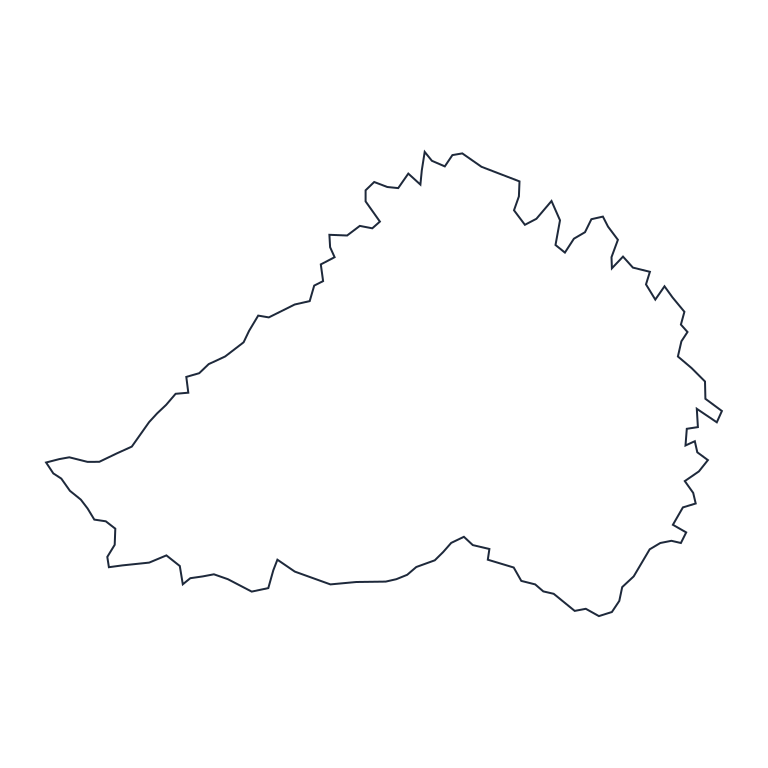 the district of Bom Jesus do Sul, Paraná, Brazil
{"feature_id": "56859067B42823585611232", "entity_name": "Bom Jesus do Sul", "entity_type": "district", "adm_level": 2, "iso_a3": "BRA", "parent_name": "Brazil", "parent_adm1": "Paraná", "projection": "albers", "projection_center": [-53.552, -26.155], "detail": "fine", "context": "isolated", "style": "outline", "palette": "slate", "viewbox_px": 768, "rotation_deg": 0, "n_neighbors": 0, "source": "geoboundaries", "source_scale": "gbopen_adm2", "svg_char_len": 1904}
<svg xmlns="http://www.w3.org/2000/svg" viewBox="0 0 768 768"><path d="M680.9,543.0L686.2,532.4L672.9,524.8L682.9,507.4L695.7,503.5L693.2,492.9L684.8,481.1L698.9,471.4L707.9,460.1L697.3,452.3L694.8,441.2L685.5,445.5L686.8,428.8L697.9,427.1L696.8,408.8L716.8,422.3L721.9,411.0L705.4,398.8L705.0,381.5L691.5,368.0L677.9,356.5L681.4,341.3L687.5,332.0L680.9,324.6L684.4,311.8L672.5,297.4L664.5,286.3L655.3,299.6L646.0,284.4L649.9,271.8L632.9,267.6L623.0,256.6L611.9,268.3L611.5,257.2L617.9,239.8L608.0,226.6L602.9,216.6L591.4,219.2L585.0,232.2L573.9,238.7L564.9,252.6L555.5,245.0L560.0,220.3L551.5,201.0L536.4,218.8L524.9,224.8L514.0,210.3L518.9,196.4L519.5,181.4L481.5,166.8L462.3,153.4L452.4,155.1L444.8,166.4L431.9,160.8L424.7,151.9L421.8,170.3L420.4,184.6L408.3,173.6L398.2,188.1L387.3,187.0L374.2,182.0L365.6,190.3L365.6,201.4L379.9,221.6L372.3,228.3L359.8,225.9L347.1,235.5L329.4,234.8L330.1,247.2L334.6,257.2L320.8,264.4L323.1,281.1L314.2,285.6L309.7,301.1L294.7,304.5L268.8,317.4L258.2,315.6L249.1,330.8L243.6,342.3L225.1,356.5L208.7,364.1L199.2,373.2L186.3,376.9L188.3,392.7L175.6,393.8L166.1,404.9L157.1,413.4L149.1,422.1L131.8,446.6L116.8,453.4L99.3,461.8L87.6,461.9L69.3,457.3L59.3,459.1L46.1,462.5L53.3,473.4L61.3,478.6L69.9,490.8L80.8,499.6L87.6,508.5L94.3,519.6L105.8,521.3L115.3,528.7L114.7,544.8L107.3,556.9L108.9,567.2L122.3,565.4L149.2,562.6L166.4,555.4L179.8,566.0L182.8,584.3L190.3,578.2L202.8,576.4L213.9,574.3L227.9,579.2L251.7,591.6L268.3,588.1L273.3,570.3L277.4,559.7L294.8,571.6L330.4,584.4L356.3,582.0L385.7,581.6L396.3,579.2L407.2,574.8L416.3,567.0L434.8,560.3L443.2,552.0L451.2,542.9L463.9,536.8L472.8,545.1L489.4,549.0L487.8,559.7L513.7,567.5L521.3,580.9L535.2,584.4L543.3,591.4L553.7,593.8L574.7,610.9L585.8,608.8L598.9,616.1L611.9,612.0L619.3,600.9L622.2,587.1L633.7,576.4L649.7,549.3L660.3,543.0L671.4,540.8L680.9,543.0Z" fill="none" stroke="#1e293b" stroke-width="2"/></svg>